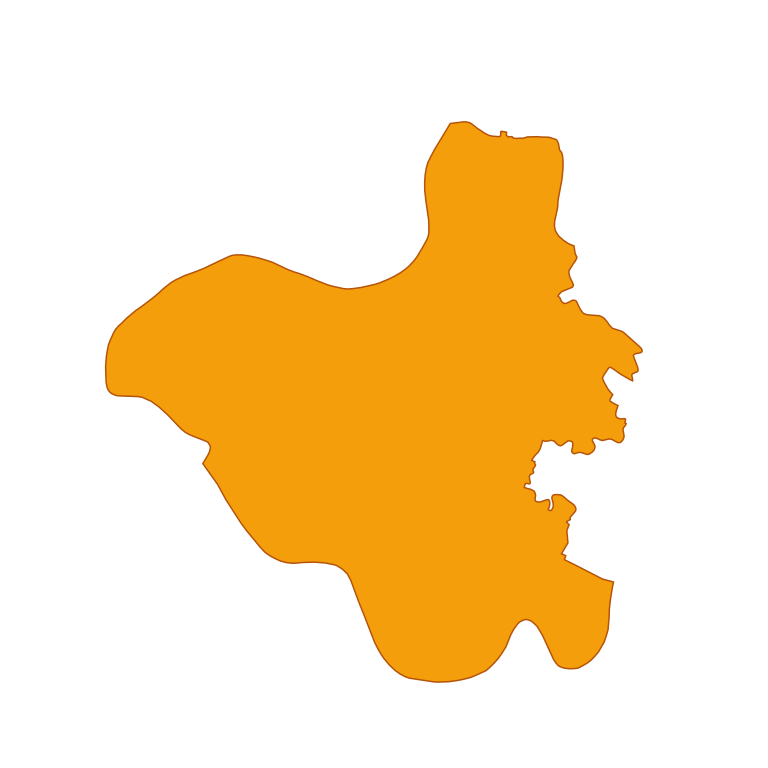 the district of Nam Sach, Hải Dương, Vietnam, rotated 284°
{"feature_id": "81297802B53771614429572", "entity_name": "Nam Sach", "entity_type": "district", "adm_level": 2, "iso_a3": "VNM", "parent_name": "Vietnam", "parent_adm1": "Hải Dương", "projection": "mercator", "projection_center": [106.346, 21.022], "detail": "fine", "context": "isolated", "style": "filled", "palette": "amber", "viewbox_px": 768, "rotation_deg": 284, "n_neighbors": 0, "source": "geoboundaries", "source_scale": "gbopen_adm2", "svg_char_len": 6171}
<svg xmlns="http://www.w3.org/2000/svg" viewBox="0 0 768 768"><g transform="rotate(284 384 384)"><path d="M155.3,641.0L158.5,644.7L162.4,648.7L166.4,651.9L171.2,654.6L176.1,657.0L187.0,660.1L193.4,660.6L199.9,660.8L211.8,658.9L220.3,657.1L230.8,655.7L242.0,654.8L247.4,654.6L247.6,643.1L254.9,612.1L257.2,601.5L261.4,601.9L262.2,597.3L274.4,600.9L284.6,597.3L286.4,596.9L292.3,597.6L294.2,594.5L294.6,594.6L295.4,595.2L297.5,597.6L298.5,597.1L299.2,597.0L300.3,597.2L305.8,600.0L307.4,600.6L309.0,600.5L310.7,599.6L312.2,598.2L313.4,596.0L315.8,589.9L318.0,585.7L318.9,583.3L319.1,581.9L318.4,577.8L317.9,576.4L317.2,575.2L316.4,574.6L315.7,574.4L314.6,574.4L313.4,574.7L309.3,576.9L307.3,577.6L306.1,577.8L304.3,577.7L302.4,577.1L301.8,576.7L301.4,576.0L301.5,574.8L301.7,574.1L301.9,573.8L305.7,574.1L309.1,573.6L310.9,572.6L311.5,571.7L311.5,570.9L311.2,570.1L307.5,564.4L306.9,563.0L306.8,560.3L307.1,559.5L307.9,558.7L309.7,558.3L312.4,558.1L313.9,557.5L315.5,556.4L316.5,555.3L317.3,552.1L317.3,548.3L317.5,545.2L320.5,545.1L321.5,545.4L322.0,545.8L322.2,549.0L322.5,549.6L323.0,549.8L323.7,549.8L326.6,548.4L328.4,547.7L329.8,547.4L330.8,547.6L331.6,548.0L333.8,550.5L334.2,550.6L335.1,550.3L336.0,549.4L337.2,549.3L337.8,549.3L339.2,549.8L341.2,550.6L342.2,550.6L343.7,549.1L345.0,549.3L345.6,545.8L348.2,546.6L351.4,547.9L354.6,549.8L357.8,551.0L360.3,551.3L367.5,551.6L367.4,554.3L368.3,556.8L369.8,559.8L369.9,562.2L369.7,562.8L367.8,566.0L367.1,567.6L366.8,568.5L366.7,569.8L367.0,570.6L367.7,571.6L371.9,575.0L373.3,576.4L373.6,577.3L373.8,579.3L373.4,580.3L372.9,581.0L371.9,581.6L368.9,582.2L366.3,582.2L364.0,582.4L362.9,583.5L362.4,584.5L362.4,585.4L362.7,586.2L363.8,587.8L364.7,589.5L365.1,590.9L365.2,592.0L364.8,597.8L365.1,599.2L365.6,600.0L368.3,602.5L370.1,603.5L371.3,603.9L373.2,604.0L374.5,603.8L375.4,603.4L379.3,600.0L380.1,599.6L380.9,599.7L381.6,600.1L382.4,600.9L382.7,601.8L382.8,602.7L382.6,604.8L382.1,607.0L382.0,608.8L382.2,610.0L384.8,615.1L385.3,616.5L385.4,617.7L385.2,619.4L384.5,621.6L383.8,624.6L383.8,625.9L384.2,627.0L384.6,627.7L385.8,628.5L387.5,629.3L390.1,629.7L391.6,629.5L394.5,628.3L396.6,627.2L398.1,626.9L399.1,626.9L400.0,627.2L402.6,628.4L404.3,628.5L404.6,627.0L407.9,627.0L408.4,626.8L408.6,626.3L408.5,625.2L407.6,623.1L407.3,621.8L407.5,618.7L408.2,617.6L409.4,616.6L410.8,616.1L412.3,615.9L415.5,615.9L419.7,616.3L420.5,612.5L421.7,608.5L422.2,607.3L422.8,607.1L424.0,607.1L429.0,608.5L430.9,605.6L433.3,602.5L438.9,597.2L441.9,595.0L442.6,594.6L443.9,594.7L446.3,595.3L452.9,597.7L454.4,598.5L454.7,598.9L454.9,599.5L454.9,600.2L454.1,602.7L450.6,611.7L448.2,620.1L447.2,624.4L448.5,624.2L451.8,622.6L452.6,622.3L453.2,622.3L454.1,622.6L457.3,627.0L458.0,627.2L458.9,627.2L461.0,626.4L463.3,624.9L471.1,619.5L471.9,619.2L472.5,619.2L473.2,619.5L474.0,620.4L475.0,622.2L475.7,624.0L476.6,625.5L477.2,626.2L477.9,626.5L478.7,626.4L479.5,626.1L480.5,625.3L481.8,623.4L491.8,604.4L492.5,602.5L492.8,600.2L493.2,593.4L493.4,592.0L494.4,590.3L496.0,588.1L498.2,585.6L500.7,582.2L501.5,580.4L502.1,578.5L502.3,576.1L500.4,565.1L500.4,562.7L500.7,560.8L501.3,559.5L504.0,556.3L510.5,550.9L511.3,549.9L511.3,548.2L511.1,547.2L510.5,546.2L508.6,544.1L506.6,541.6L506.0,540.4L505.8,539.5L506.1,537.9L506.8,536.7L507.7,535.7L510.4,533.6L511.3,531.5L511.9,531.6L513.8,532.4L515.7,533.4L516.9,534.4L522.9,542.6L523.6,543.4L524.3,543.7L526.0,543.8L528.3,542.2L530.4,540.3L533.1,538.2L536.1,536.7L538.6,536.0L545.7,538.3L549.1,539.7L552.2,540.5L553.7,540.5L556.2,538.4L557.3,537.7L564.0,534.9L564.2,532.7L565.0,528.2L567.1,522.8L569.8,517.7L571.6,515.7L574.1,513.3L575.9,512.3L579.0,511.0L583.5,510.2L594.7,509.9L598.2,509.6L602.6,508.7L606.1,508.3L623.3,507.3L628.2,506.8L636.9,505.4L642.5,504.1L646.8,502.7L650.1,501.3L651.8,500.1L653.0,498.5L653.9,497.6L659.5,495.1L662.0,493.1L662.9,491.7L663.3,484.7L663.2,483.7L661.6,476.3L661.2,473.5L658.4,463.3L656.4,460.1L654.2,452.5L654.0,450.9L654.0,449.7L654.9,448.6L654.9,448.0L654.3,446.6L654.0,445.2L654.2,443.8L655.1,442.6L655.7,442.3L657.7,442.2L658.0,441.6L657.6,436.7L657.3,436.4L656.9,436.3L654.3,436.9L653.1,437.0L652.5,436.8L651.7,435.2L650.8,429.8L650.6,427.0L650.8,424.8L651.6,421.4L654.7,412.5L657.6,406.2L658.3,403.6L658.1,399.7L657.4,397.2L652.8,385.3L624.0,376.4L615.2,374.2L609.4,373.0L603.5,372.8L597.2,373.3L589.4,374.7L581.7,376.7L572.7,380.0L554.1,387.6L547.1,389.6L541.8,390.9L538.0,391.2L534.2,390.6L526.5,388.6L515.6,385.3L510.5,383.1L504.3,379.7L500.0,376.5L495.9,373.0L491.2,368.2L486.8,363.0L481.0,355.2L478.5,351.1L472.3,338.9L468.9,330.4L467.5,326.3L466.7,321.3L466.4,309.3L466.6,305.2L468.0,294.2L469.8,283.0L470.7,275.0L471.0,269.1L471.7,263.4L475.0,246.8L475.4,242.8L475.9,233.9L475.9,227.6L475.5,220.7L474.9,214.9L473.5,209.2L472.1,205.7L470.4,203.0L463.0,193.8L452.7,181.4L447.8,174.6L440.8,164.2L434.5,156.5L431.2,153.2L428.0,150.6L423.3,147.0L416.6,142.6L410.4,138.0L399.8,129.4L394.9,125.1L385.8,118.5L379.1,114.5L376.6,112.7L372.2,110.4L367.5,109.1L360.3,107.8L355.7,107.2L348.7,107.5L342.6,108.1L333.4,109.7L318.3,114.0L312.9,116.6L310.2,119.3L309.0,121.5L308.2,125.1L308.1,127.9L308.6,130.9L312.3,148.4L312.6,152.7L310.9,162.3L307.4,171.0L302.2,180.8L291.1,198.4L289.1,202.8L287.9,207.0L286.9,213.5L285.5,224.6L285.3,226.1L284.6,227.5L282.6,229.6L281.4,230.5L280.1,231.0L277.7,231.0L275.9,231.0L272.7,230.4L262.9,227.5L246.1,247.1L233.6,258.5L214.6,278.7L208.4,286.2L195.6,303.5L192.2,308.8L190.5,312.7L189.3,316.4L188.5,319.6L187.2,326.2L187.1,332.6L188.0,339.2L191.3,348.8L194.4,359.9L196.2,370.8L196.6,380.7L196.2,382.7L194.3,388.4L191.1,394.1L185.7,399.1L165.2,413.1L156.6,419.4L131.2,437.3L125.3,442.4L121.4,446.2L117.9,450.0L112.7,457.1L108.6,464.4L106.5,469.9L105.3,474.6L104.7,479.7L107.1,505.2L108.2,509.8L110.8,518.8L114.1,527.0L116.7,532.5L120.2,539.0L124.2,544.4L130.7,552.5L134.5,555.1L140.4,558.7L145.8,561.4L151.1,563.5L158.6,565.9L172.0,567.8L177.6,569.3L183.6,571.7L185.9,573.2L188.4,576.0L189.9,578.6L190.0,580.8L189.8,583.5L188.8,586.1L186.0,591.1L178.5,598.6L157.6,615.3L155.2,618.0L152.9,621.1L152.2,623.6L151.9,627.8L152.6,632.9L153.9,637.5L155.3,641.0Z" fill="#f59e0b" stroke="#b45309" stroke-width="1.5"/></g></svg>